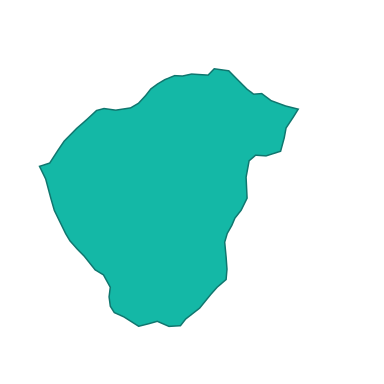 Leonarisso, Cyprus, rotated 154°
{"feature_id": "46923920B82945546489957", "entity_name": "Leonarisso", "entity_type": "district", "adm_level": 2, "iso_a3": "CYP", "parent_name": "Cyprus", "parent_adm1": "", "projection": "robinson", "projection_center": [34.124, 35.465], "detail": "fine", "context": "isolated", "style": "filled", "palette": "teal", "viewbox_px": 384, "rotation_deg": 154, "n_neighbors": 0, "source": "geoboundaries", "source_scale": "gbopen_adm2", "svg_char_len": 990}
<svg xmlns="http://www.w3.org/2000/svg" viewBox="0 0 384 384"><g transform="rotate(154 192 192)"><path d="M60.2,219.9L70.3,228.4L80.9,239.5L86.2,249.9L93.7,252.9L97.5,260.3L102.1,273.7L105.8,284.8L118.0,293.0L126.3,290.0L140.7,298.2L149.7,300.4L156.6,304.2L167.2,304.9L175.5,304.2L183.8,302.7L191.4,299.0L201.2,295.2L210.3,294.5L224.7,299.0L234.5,305.6L242.1,307.1L254.2,303.4L267.8,299.7L284.5,293.8L293.6,288.6L307.2,280.4L317.8,281.9L317.8,267.8L321.6,248.4L323.8,235.8L323.8,222.4L323.8,209.8L323.1,201.6L320.0,190.5L317.0,181.6L313.2,164.5L307.9,156.3L307.2,142.2L312.5,134.1L315.5,125.1L314.7,117.7L307.9,109.5L298.8,94.7L288.3,92.5L279.9,91.0L271.6,81.3L261.0,76.9L253.4,80.6L236.0,84.3L220.1,91.7L211.1,95.4L199.7,98.4L194.4,107.3L189.9,118.5L184.6,132.6L178.5,139.3L170.9,144.5L164.9,149.7L155.8,154.1L145.2,162.3L136.9,181.6L127.0,195.0L118.7,197.2L109.6,192.0L94.5,189.8L85.4,200.2L79.4,208.3L68.0,215.0L60.2,219.9Z" fill="#14b8a6" stroke="#0f766e" stroke-width="1.5"/></g></svg>